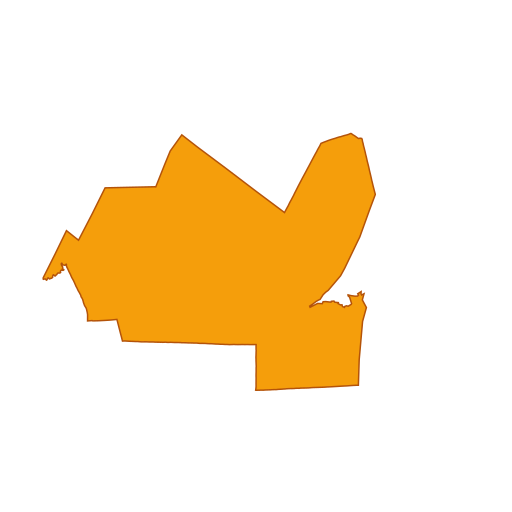 Dracsenei, Teleorman, Romania, rotated 130°
{"feature_id": "2599482B60737111178091", "entity_name": "Dracsenei", "entity_type": "district", "adm_level": 2, "iso_a3": "ROU", "parent_name": "Romania", "parent_adm1": "Teleorman", "projection": "robinson", "projection_center": [25.005, 44.217], "detail": "fine", "context": "isolated", "style": "filled", "palette": "amber", "viewbox_px": 512, "rotation_deg": 130, "n_neighbors": 0, "source": "geoboundaries", "source_scale": "gbopen_adm2", "svg_char_len": 6012}
<svg xmlns="http://www.w3.org/2000/svg" viewBox="0 0 512 512"><g transform="rotate(130 256 256)"><path d="M98.0,250.6L98.4,251.2L98.7,251.8L98.9,252.0L99.2,252.3L99.7,252.6L100.0,252.8L100.1,253.1L100.2,253.7L100.3,254.5L100.4,256.2L100.5,257.6L100.7,258.8L100.9,260.0L100.9,260.6L100.9,261.1L101.0,261.6L101.1,262.0L101.3,262.2L101.6,262.4L102.2,262.7L102.8,263.0L103.2,263.2L105.1,264.4L106.3,265.3L107.6,266.2L109.0,267.1L109.7,267.5L110.3,267.9L111.0,268.5L111.7,269.0L113.1,269.9L115.1,271.1L116.3,271.9L117.2,272.5L119.9,274.2L121.1,274.9L123.3,276.1L125.6,277.4L127.9,278.6L128.5,278.5L129.6,278.2L130.8,277.9L132.6,277.6L135.2,277.1L136.8,276.7L139.5,276.2L145.7,274.9L149.0,274.2L152.2,273.5L156.1,272.7L158.8,272.1L167.1,270.4L173.0,269.1L175.7,268.5L179.5,267.6L183.4,266.7L185.2,266.2L187.1,265.8L188.1,265.6L189.4,265.3L190.3,265.1L190.9,265.0L193.0,264.6L195.4,264.0L196.9,263.6L199.1,263.2L204.4,262.1L206.4,297.7L208.2,335.5L210.2,371.1L210.9,390.7L230.7,389.2L244.2,384.9L267.5,377.2L267.9,377.9L287.7,400.5L300.8,415.4L328.9,408.6L358.0,402.1L358.4,417.5L383.5,411.2L409.5,405.0L409.7,404.8L410.0,404.6L410.4,404.3L410.5,404.1L410.4,403.7L410.2,403.6L409.7,403.3L409.3,403.0L409.1,402.8L409.0,402.5L409.1,401.9L409.2,401.3L409.2,401.0L408.9,400.9L408.6,400.8L408.3,400.9L407.6,401.2L406.9,401.3L406.6,401.3L406.3,401.1L406.2,401.0L406.2,400.7L406.3,400.2L406.4,399.7L406.2,399.3L406.0,399.2L405.3,399.0L405.0,398.8L404.6,398.4L404.2,398.3L403.5,398.1L403.0,398.1L402.8,398.2L402.4,398.7L402.2,398.8L401.2,399.2L400.9,399.2L400.6,399.1L400.5,398.9L400.5,398.5L400.6,397.7L400.6,397.3L400.5,397.1L400.2,396.9L399.9,396.9L399.0,396.9L398.7,396.9L398.4,396.7L398.2,396.7L397.0,396.9L396.7,396.9L396.3,396.7L396.1,396.5L395.9,396.3L395.8,396.0L395.5,395.7L394.9,395.3L394.6,395.1L394.3,395.1L394.2,395.1L394.1,395.4L394.0,395.6L393.8,395.8L393.3,396.0L392.9,396.2L392.6,396.2L392.3,396.1L392.1,396.1L391.9,395.9L391.9,395.7L390.9,394.5L390.5,394.4L390.3,394.3L390.0,394.4L389.9,394.6L389.9,394.8L390.0,395.0L390.4,395.5L390.4,396.0L390.1,396.2L389.4,396.4L389.1,396.6L388.9,396.9L388.5,397.4L388.4,397.8L388.4,398.0L388.4,398.3L388.3,398.5L388.2,398.8L387.9,399.3L387.3,400.0L387.1,400.2L386.8,400.3L386.6,400.3L386.4,400.2L386.3,399.8L386.4,399.7L386.8,399.3L387.0,399.0L387.0,398.7L387.0,398.4L386.9,398.2L386.7,398.0L386.6,397.8L386.4,397.1L386.2,396.8L386.0,396.6L385.6,396.4L385.2,396.3L384.9,396.3L384.5,396.1L384.3,396.1L384.3,395.8L384.4,395.7L384.5,395.7L384.8,395.7L385.0,395.3L385.4,395.1L385.4,394.8L385.5,394.7L386.2,393.4L386.4,393.3L386.4,393.0L386.4,392.8L387.0,391.7L387.3,391.0L388.2,389.2L388.7,388.0L389.5,386.1L390.6,384.0L391.0,383.1L391.4,382.0L392.2,379.9L393.0,378.2L395.0,374.2L395.8,372.1L396.3,371.2L396.8,370.0L397.3,368.8L397.4,368.2L397.7,367.5L398.1,366.7L398.3,366.0L398.5,365.5L398.7,365.1L399.1,364.5L399.5,364.0L399.7,363.7L400.1,362.3L400.3,361.8L400.7,360.9L401.3,360.0L401.9,359.1L402.6,358.2L404.2,355.4L405.0,352.9L405.6,351.8L407.7,349.0L409.2,347.3L414.0,343.3L410.8,340.0L410.6,339.3L406.8,335.0L402.7,330.6L398.5,326.2L394.0,321.8L394.9,320.5L403.0,309.2L404.4,307.2L407.0,303.6L405.5,302.0L402.4,297.8L400.6,295.5L398.8,293.1L398.3,292.5L397.6,291.7L396.5,290.1L395.3,288.4L394.6,287.6L392.2,284.8L390.7,282.8L389.6,281.5L388.1,279.7L386.8,277.9L384.2,274.7L383.5,273.8L382.8,273.0L382.1,272.0L380.8,270.6L380.0,269.7L379.4,268.7L378.3,267.3L377.3,266.3L376.5,265.3L375.9,264.5L375.1,263.4L373.7,261.7L372.8,260.6L370.7,258.0L370.3,257.3L369.8,256.7L367.5,253.9L366.4,252.4L365.7,251.5L364.8,250.4L363.4,248.7L362.7,247.7L361.5,246.3L360.7,245.3L359.7,243.8L359.0,242.8L356.8,240.2L356.4,239.6L355.9,239.1L353.9,236.3L352.8,234.9L352.1,234.1L351.0,232.6L349.5,230.5L349.2,230.1L347.6,228.1L347.1,227.4L346.3,226.3L345.2,225.0L344.4,223.9L343.4,222.5L342.5,221.5L340.9,219.3L337.8,215.9L337.2,215.0L336.5,214.2L336.0,213.5L335.1,212.5L334.5,211.8L334.4,211.6L333.2,210.3L332.4,209.4L331.8,208.6L331.0,207.6L329.0,205.3L328.1,204.1L327.0,202.8L325.9,201.5L325.3,200.8L324.6,200.0L324.1,199.4L323.8,199.0L324.8,198.2L326.2,197.0L327.4,196.0L328.4,195.0L329.5,194.2L330.1,193.7L332.0,192.2L333.8,190.8L335.1,189.6L336.2,188.7L337.4,187.6L340.5,184.8L341.6,184.0L344.7,181.4L345.2,181.0L346.1,180.3L347.7,179.0L349.5,177.4L351.0,176.2L352.3,175.1L353.3,174.3L354.7,173.1L356.0,172.0L357.0,171.3L357.7,170.8L358.2,170.5L359.0,170.0L358.6,169.4L357.5,168.2L356.7,167.2L355.9,166.4L355.0,165.3L354.1,164.2L353.0,163.1L351.8,161.8L350.9,160.8L350.0,159.8L349.3,159.0L348.3,158.0L346.3,155.8L345.6,154.9L344.8,154.1L344.0,153.4L341.4,150.6L340.2,149.4L339.1,148.2L338.3,147.5L336.5,145.6L335.8,144.8L335.3,144.3L334.4,143.2L333.0,141.6L332.1,140.8L330.9,139.5L329.6,137.9L328.6,137.0L325.8,133.8L325.1,133.0L324.6,132.4L324.1,131.9L323.6,131.4L323.4,131.1L320.9,128.6L319.6,127.2L318.1,125.5L312.7,119.5L310.0,116.7L309.3,115.9L307.8,114.3L304.6,110.9L302.6,108.8L300.7,106.8L296.8,102.6L295.4,101.2L292.7,98.4L290.4,95.9L289.8,95.2L289.2,94.5L269.1,110.3L237.6,132.3L224.5,138.3L221.3,146.3L215.5,149.0L218.0,150.1L217.4,151.3L215.7,152.6L219.5,153.8L220.1,152.3L221.4,152.4L223.1,154.3L225.3,157.8L226.6,160.5L227.3,159.9L227.4,157.8L231.0,152.2L231.9,152.0L235.2,153.1L236.0,154.7L237.6,155.6L238.5,155.2L239.1,157.3L238.1,158.8L239.1,159.7L239.7,162.6L238.8,163.0L240.8,166.0L240.4,167.3L242.3,169.2L243.2,168.9L246.1,173.3L247.9,175.2L249.9,174.6L252.7,178.3L260.5,181.6L259.9,182.7L256.6,181.7L252.1,180.7L249.6,179.8L248.1,179.0L242.5,179.7L239.5,179.4L238.7,179.3L235.9,178.6L216.8,178.5L208.3,180.2L178.5,187.8L174.8,188.7L147.6,198.7L132.3,204.1L131.9,204.5L131.2,205.5L129.5,207.9L126.7,211.8L124.6,214.6L123.7,215.9L122.2,217.8L119.5,221.4L117.6,224.0L116.1,225.9L114.3,228.3L111.8,231.8L109.1,235.3L107.7,237.3L106.5,238.8L105.2,240.6L104.0,242.2L102.9,243.8L102.1,244.9L101.3,245.9L100.8,246.5L100.5,247.0L100.3,247.4L100.0,247.7L99.5,248.4L98.9,249.0L98.4,249.7L98.2,250.1L98.0,250.6Z" fill="#f59e0b" stroke="#b45309" stroke-width="1.5"/></g></svg>